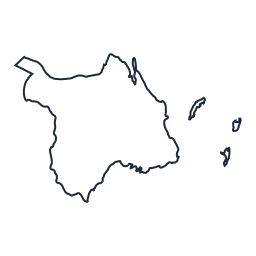 Ilha De Moçambique, Nampula, Mozambique
{"feature_id": "85939544B37446089230364", "entity_name": "Ilha De Moçambique", "entity_type": "district", "adm_level": 2, "iso_a3": "MOZ", "parent_name": "Mozambique", "parent_adm1": "Nampula", "projection": "equal_earth", "projection_center": [40.649, -15.056], "detail": "fine", "context": "isolated", "style": "outline", "palette": "slate", "viewbox_px": 256, "rotation_deg": 0, "n_neighbors": 0, "source": "geoboundaries", "source_scale": "gbopen_adm2", "svg_char_len": 5815}
<svg xmlns="http://www.w3.org/2000/svg" viewBox="0 0 256 256"><path d="M85.1,201.2L86.4,201.7L87.2,201.8L87.7,201.3L87.5,199.9L88.9,194.1L89.3,193.1L90.5,191.0L91.2,190.2L92.1,189.7L93.0,189.7L93.6,190.3L94.0,190.0L93.8,188.7L94.9,188.0L95.9,185.7L96.7,184.8L98.2,183.7L98.4,183.4L99.1,183.2L100.5,183.2L101.6,182.5L102.6,181.2L102.8,180.2L102.5,178.5L102.6,178.1L103.5,177.4L104.0,175.3L104.4,174.2L106.4,171.8L107.8,169.8L108.7,167.8L110.4,165.5L111.6,164.5L113.8,163.6L114.4,162.5L115.3,162.0L120.0,161.0L120.3,161.3L120.4,162.1L120.7,162.7L122.6,165.1L123.5,165.9L125.0,166.2L126.3,166.2L127.5,165.8L128.5,165.0L128.9,164.1L129.3,163.8L129.8,163.8L130.4,164.3L131.8,164.2L132.2,164.5L132.3,164.8L132.3,165.4L131.2,166.5L130.8,167.2L130.7,168.2L132.6,167.6L133.2,167.0L134.2,166.5L135.0,166.3L136.0,166.5L136.4,167.2L136.4,167.7L136.6,168.3L137.2,168.6L137.2,169.2L136.5,169.7L136.1,170.4L136.6,171.2L137.2,171.2L138.4,170.5L139.0,169.8L139.3,168.5L139.8,167.4L140.2,167.3L141.2,168.0L141.5,169.0L141.1,169.6L140.8,170.5L140.0,171.7L140.2,172.6L141.7,172.0L142.5,171.9L143.4,172.3L144.0,172.9L145.9,172.8L146.9,171.6L148.1,171.4L149.7,168.2L150.1,168.0L151.9,168.1L153.6,167.6L154.6,167.5L159.1,165.9L159.6,166.2L159.8,166.9L160.2,167.5L161.0,167.7L161.9,167.5L165.7,165.5L167.3,163.8L168.2,163.2L168.4,162.7L169.2,162.3L171.1,162.5L171.8,163.2L172.5,163.1L173.2,162.5L175.1,162.5L176.1,161.9L176.9,161.2L177.5,160.3L177.7,158.9L178.7,156.9L178.5,156.7L177.2,156.7L176.9,155.7L176.8,154.2L177.1,152.9L177.8,150.8L178.4,149.8L178.1,148.2L176.4,144.5L175.1,142.3L174.2,140.1L172.9,138.7L171.9,138.1L171.1,137.9L170.2,138.1L169.7,137.7L168.1,134.4L167.6,132.3L165.2,128.0L164.4,125.1L164.2,123.5L164.3,121.0L165.4,119.4L166.6,118.7L167.4,118.5L167.8,117.9L168.0,117.1L167.6,116.3L166.2,116.1L165.6,115.7L165.4,114.8L165.7,113.6L165.9,111.6L165.8,107.8L165.5,104.8L164.3,102.5L163.5,101.7L162.6,101.1L161.9,101.2L161.5,101.9L160.2,101.8L159.3,101.6L156.7,100.1L156.2,99.6L155.6,98.1L155.1,97.3L153.0,95.6L151.4,93.9L149.6,91.7L148.8,90.6L147.2,88.9L145.6,85.8L144.6,83.3L142.1,78.8L141.6,77.5L140.8,76.2L140.4,75.0L138.8,72.4L137.7,71.4L136.2,70.3L136.1,69.8L135.9,66.1L135.5,62.3L134.7,58.4L134.2,58.1L133.6,58.2L133.3,58.5L133.1,59.2L132.7,62.8L132.9,64.7L133.8,67.7L134.1,69.5L135.1,71.3L135.1,72.2L134.3,75.1L134.4,77.2L135.6,78.7L135.8,79.7L135.6,81.8L135.3,83.1L135.4,83.9L135.0,84.3L133.7,82.0L132.7,81.1L132.4,80.4L132.2,78.3L131.7,76.1L131.1,76.1L130.5,76.7L129.5,77.1L128.9,76.8L128.9,76.3L129.7,75.3L130.0,74.5L130.0,73.6L129.9,72.0L129.3,69.7L127.7,66.8L127.0,66.0L126.2,64.3L125.5,63.8L124.7,62.3L124.1,62.0L122.5,62.0L121.3,60.9L121.2,60.4L120.8,60.1L120.0,59.8L119.7,59.4L119.3,58.5L118.6,57.6L117.9,57.1L115.0,56.6L111.8,54.4L110.7,54.2L110.0,54.5L109.4,55.1L108.8,56.2L107.8,59.1L106.5,61.7L106.0,64.3L105.3,65.0L104.0,64.6L103.1,68.3L102.6,68.9L101.4,72.3L99.7,73.9L99.1,74.2L88.3,76.2L87.3,76.7L85.6,76.7L85.2,76.4L83.4,76.1L82.2,75.5L78.5,75.5L76.2,76.2L75.5,76.6L74.3,76.9L71.2,78.3L66.1,78.9L61.1,79.3L55.2,78.9L54.8,78.7L54.2,78.7L51.4,77.5L49.7,76.5L49.3,75.9L48.2,75.1L47.6,74.3L47.0,74.0L46.2,73.0L45.6,72.4L43.8,69.5L42.6,67.0L40.3,64.3L38.1,62.5L35.8,61.3L34.5,61.1L33.3,60.5L32.7,60.5L31.6,59.9L31.1,59.9L28.4,58.6L27.8,58.6L26.7,58.1L25.5,57.9L24.2,56.9L15.4,65.3L32.3,73.9L29.5,76.5L29.2,77.2L28.5,77.7L28.3,78.5L27.2,79.7L26.2,81.3L25.2,83.6L24.5,86.2L23.9,90.1L23.9,93.9L24.6,97.8L25.3,99.3L26.3,100.7L28.2,99.9L29.4,99.9L32.0,101.3L35.1,101.4L36.5,101.7L37.9,102.2L42.0,105.7L43.3,106.4L45.8,106.7L47.2,106.5L48.1,107.1L49.3,109.1L49.9,110.8L50.8,111.8L52.4,114.3L54.9,116.0L55.4,116.9L55.6,117.8L54.8,121.9L54.8,123.8L55.2,125.6L55.1,126.2L55.3,127.3L55.2,128.2L54.9,129.4L54.0,131.9L53.9,133.1L54.3,134.4L54.8,135.1L55.3,135.5L55.7,136.4L56.0,137.6L55.9,139.2L55.6,141.0L53.4,144.5L53.3,145.4L53.0,146.3L52.5,146.9L51.0,147.3L50.0,149.9L50.0,151.0L50.5,153.6L51.1,156.8L51.5,158.0L51.8,160.9L51.7,163.9L50.8,165.3L50.4,168.1L50.6,168.8L51.8,169.5L53.4,169.8L54.3,170.6L54.8,171.7L55.3,173.5L56.6,175.0L56.9,176.0L56.8,178.6L56.2,180.5L56.4,181.7L57.3,182.7L59.6,183.3L61.6,184.8L62.7,186.6L63.1,187.8L64.2,189.9L65.7,192.5L66.4,192.8L67.1,193.6L68.5,193.9L69.6,194.3L70.4,195.1L71.6,195.6L76.6,193.9L77.6,193.2L79.0,193.2L80.9,194.8L82.4,197.3L83.0,198.8L84.1,200.3L85.1,201.2ZM204.0,102.9L204.2,101.2L205.0,99.9L204.8,99.0L203.8,97.9L203.3,97.9L201.9,99.3L201.3,99.6L200.3,99.7L199.6,100.3L197.6,100.8L197.0,102.0L196.7,102.2L196.2,101.9L195.7,102.1L195.1,103.9L193.2,106.3L191.3,110.5L190.6,111.6L190.5,112.6L190.4,115.8L189.7,116.9L189.9,117.0L189.4,118.5L189.1,119.2L189.4,119.5L190.2,119.3L190.5,118.6L192.0,117.3L192.6,116.5L192.9,116.2L193.1,116.7L193.5,116.8L194.0,116.1L194.5,114.5L194.1,113.9L193.9,113.1L195.6,110.3L196.9,107.2L197.8,106.9L198.4,107.4L199.1,107.3L199.7,106.5L200.4,106.0L200.6,104.8L199.8,104.8L199.8,104.2L201.0,103.7L201.5,103.0L202.1,102.8L202.7,103.0L203.0,102.8L203.5,103.5L204.0,102.9ZM229.5,152.9L229.4,148.7L229.0,147.9L228.5,148.3L228.7,150.4L228.6,151.1L228.2,151.1L227.8,150.7L227.6,149.3L227.4,148.8L226.8,148.5L226.3,148.9L225.9,149.6L224.8,150.9L224.7,152.0L224.1,153.0L223.6,153.1L221.0,152.4L220.9,152.8L221.4,153.5L224.9,155.1L225.5,156.1L225.7,157.1L226.2,157.4L226.3,159.6L225.7,160.1L225.1,160.3L225.1,161.5L224.0,162.4L223.9,163.6L224.2,164.8L224.7,165.7L226.5,163.8L227.4,160.6L228.8,158.3L229.5,152.9ZM239.6,123.9L240.6,120.9L240.6,119.7L240.2,118.6L239.4,118.6L239.3,120.4L239.1,121.1L238.6,122.1L238.2,122.2L237.6,121.9L236.6,122.2L235.7,122.1L235.5,121.4L235.6,120.5L235.2,120.6L234.7,121.3L233.9,121.6L233.2,122.7L233.3,126.5L233.8,127.6L233.0,129.6L233.0,130.3L233.4,130.8L235.2,131.0L236.8,130.4L237.3,129.9L237.7,129.4L238.7,127.1L238.5,126.4L239.4,124.8L239.6,123.9Z" fill="none" stroke="#1e293b" stroke-width="2"/></svg>